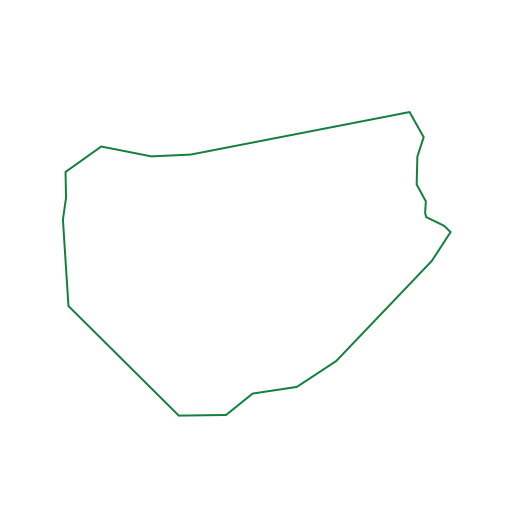 the Municipality of Kidricevo, rotated 165°
{"feature_id": "SVN-956", "entity_name": "Kidricevo", "entity_type": "Municipality", "adm_level": 1, "iso_a3": "SVN", "parent_name": "Slovenia", "parent_adm1": "", "projection": "orthographic", "projection_center": [15.739, 46.395], "detail": "fine", "context": "isolated", "style": "outline", "palette": "green", "viewbox_px": 512, "rotation_deg": 165, "n_neighbors": 0, "source": "natural_earth", "source_scale": "10m", "svg_char_len": 431}
<svg xmlns="http://www.w3.org/2000/svg" viewBox="0 0 512 512"><g transform="rotate(165 256 256)"><path d="M87.4,205.8L205.7,133.8L250.4,119.0L294.9,124.0L326.1,110.2L371.9,121.8L450.1,256.2L433.1,341.1L424.5,361.2L418.2,386.5L377.2,401.8L331.3,379.3L293.0,370.9L70.4,355.3L63.3,327.3L74.4,310.3L82.3,283.5L77.8,264.8L81.5,253.8L81.5,249.5L66.5,236.5L61.9,228.7L87.4,205.8Z" fill="none" stroke="#15803d" stroke-width="2"/></g></svg>